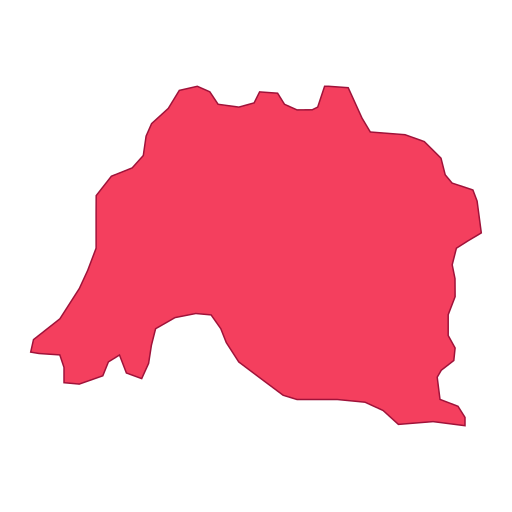 outline of Boeun-gun, North Chungcheong, South Korea
{"feature_id": "91817680B36624004409046", "entity_name": "Boeun-gun", "entity_type": "district", "adm_level": 2, "iso_a3": "KOR", "parent_name": "South Korea", "parent_adm1": "North Chungcheong", "projection": "orthographic", "projection_center": [127.726, 36.48], "detail": "fine", "context": "isolated", "style": "filled", "palette": "rose", "viewbox_px": 512, "rotation_deg": 0, "n_neighbors": 0, "source": "geoboundaries", "source_scale": "gbopen_adm2", "svg_char_len": 1117}
<svg xmlns="http://www.w3.org/2000/svg" viewBox="0 0 512 512"><path d="M324.6,86.3L317.7,107.1L312.2,109.8L297.0,109.9L284.5,104.3L277.6,93.2L259.6,91.9L254.1,102.9L238.8,107.1L218.1,104.3L209.8,91.8L197.3,86.3L179.3,90.4L168.3,108.4L151.6,123.6L146.1,136.1L143.3,155.5L132.2,167.9L111.4,176.2L96.2,195.6L96.1,213.6L96.1,248.2L87.7,270.4L79.4,288.4L59.9,318.8L33.5,339.6L30.7,352.1L39.0,353.5L59.8,354.9L64.0,367.4L64.0,382.7L78.5,384.0L79.2,384.1L102.8,375.8L108.4,361.9L119.5,355.0L126.4,373.0L141.7,378.6L148.6,363.4L151.4,345.3L155.6,328.7L175.0,317.6L195.8,313.5L211.1,314.9L220.8,328.7L226.3,342.6L238.8,362.0L261.0,378.7L283.2,395.3L297.0,399.5L337.3,399.5L365.0,402.2L383.1,410.5L398.4,424.4L433.1,421.6L465.0,425.7L465.0,417.4L458.0,406.3L440.0,399.4L437.2,377.2L441.3,370.2L453.8,360.5L455.1,348.0L448.2,335.5L448.2,314.7L455.1,296.7L455.0,278.7L452.2,264.8L456.4,248.2L467.4,241.2L481.3,232.9L477.1,201.1L472.9,190.0L452.1,183.1L445.2,174.8L441.0,158.2L424.3,141.6L405.0,134.7L387.0,133.3L370.3,132.0L362.0,118.1L348.2,87.7L328.8,86.3L324.6,86.3Z" fill="#f43f5e" stroke="#9f1239" stroke-width="1.5"/></svg>